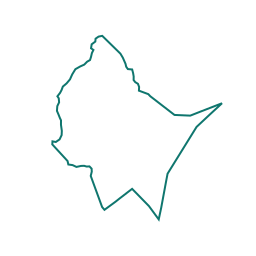 Maribondo, Alagoas, Brazil (Equal Earth projection), rotated 39°
{"feature_id": "56859067B82733946406585", "entity_name": "Maribondo", "entity_type": "district", "adm_level": 2, "iso_a3": "BRA", "parent_name": "Brazil", "parent_adm1": "Alagoas", "projection": "equal_earth", "projection_center": [-36.32, -9.554], "detail": "fine", "context": "isolated", "style": "outline", "palette": "teal", "viewbox_px": 256, "rotation_deg": 39, "n_neighbors": 0, "source": "geoboundaries", "source_scale": "gbopen_adm2", "svg_char_len": 1051}
<svg xmlns="http://www.w3.org/2000/svg" viewBox="0 0 256 256"><g transform="rotate(39 128 128)"><path d="M157.6,205.7L161.2,206.4L164.7,193.1L165.9,187.7L168.5,176.8L169.5,172.7L193.4,175.5L209.4,179.7L204.0,169.1L191.3,145.7L187.5,138.6L180.6,84.0L183.1,66.0L185.5,49.6L183.3,53.4L174.1,69.5L168.6,79.2L155.9,88.6L125.3,89.3L122.5,88.9L113.0,92.1L110.8,89.1L107.9,87.4L104.8,87.8L102.2,87.2L100.0,84.4L97.5,82.2L94.4,79.9L90.8,82.3L88.0,81.5L85.7,79.7L79.7,76.6L75.3,75.0L50.0,72.6L47.6,75.5L46.6,79.0L48.2,81.4L47.1,85.8L49.1,89.3L52.0,89.1L52.8,92.5L54.5,96.0L55.7,99.1L54.5,102.2L54.1,106.3L52.1,110.3L50.1,115.4L50.9,121.4L52.3,126.7L52.2,132.0L51.3,136.8L52.5,140.4L53.1,143.5L53.2,147.8L55.5,148.5L58.3,151.4L59.3,155.5L62.0,159.4L65.6,161.3L68.8,163.1L71.1,164.2L73.9,167.7L78.4,171.9L80.9,175.3L82.0,179.9L80.7,184.3L77.7,185.9L79.5,188.4L101.8,191.7L104.6,193.9L108.3,191.7L112.4,190.7L115.4,187.0L117.7,185.0L120.1,184.0L122.2,182.1L125.3,182.5L127.3,184.7L129.2,188.7L157.6,205.7Z" fill="none" stroke="#0f766e" stroke-width="2"/></g></svg>